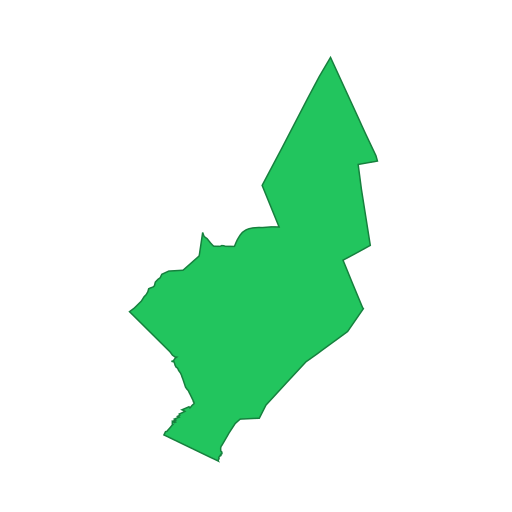 outline of Abasolo, Coahuila, Mexico, rotated 280°
{"feature_id": "50627088B17032469842403", "entity_name": "Abasolo", "entity_type": "district", "adm_level": 2, "iso_a3": "MEX", "parent_name": "Mexico", "parent_adm1": "Coahuila", "projection": "albers", "projection_center": [-101.341, 27.143], "detail": "fine", "context": "isolated", "style": "filled", "palette": "green", "viewbox_px": 512, "rotation_deg": 280, "n_neighbors": 0, "source": "geoboundaries", "source_scale": "gbopen_adm2", "svg_char_len": 2327}
<svg xmlns="http://www.w3.org/2000/svg" viewBox="0 0 512 512"><g transform="rotate(280 256 256)"><path d="M464.5,294.9L443.9,287.2L420.8,279.7L365.9,262.5L326.6,249.8L288.6,273.7L287.4,266.2L285.2,257.7L284.5,253.5L283.1,248.0L281.6,244.3L280.1,241.8L278.8,240.4L276.9,238.5L274.1,236.9L271.7,235.9L268.8,234.8L265.8,234.0L261.7,233.1L260.2,224.1L260.5,222.5L260.3,220.4L259.3,219.1L258.3,212.7L259.1,211.4L260.9,209.0L264.6,204.8L266.1,201.7L267.2,200.9L269.7,199.5L269.9,199.4L248.2,200.0L247.8,200.0L246.4,200.0L245.9,199.8L229.3,186.6L226.0,172.7L221.6,166.4L217.9,165.4L216.0,163.5L212.8,161.4L208.9,161.1L207.5,159.9L206.1,157.4L205.1,156.0L203.1,155.8L202.0,155.7L198.8,154.5L196.5,152.9L191.6,150.9L183.6,145.2L179.2,141.1L148.0,186.1L146.9,187.7L146.0,188.7L144.1,190.7L143.9,190.9L143.8,191.1L142.5,193.8L142.6,195.4L141.4,194.2L138.4,192.8L137.6,191.0L137.5,193.7L136.0,194.5L134.2,195.4L134.1,195.6L133.8,195.7L133.5,196.0L133.2,196.2L132.6,196.7L132.1,198.0L131.2,198.8L130.4,199.3L129.9,199.6L127.7,201.9L125.4,203.5L124.5,203.9L122.2,205.3L118.7,207.2L114.6,209.4L112.7,211.3L112.6,211.5L112.1,212.2L111.4,212.9L109.5,214.2L109.2,214.5L102.3,219.5L102.1,219.4L101.7,219.6L101.4,219.8L101.4,220.1L100.6,220.5L100.3,220.7L100.2,220.7L99.4,220.3L98.8,219.8L97.8,219.0L95.3,217.6L94.9,217.3L95.1,217.0L95.9,216.2L91.7,209.8L91.3,211.5L90.7,213.0L89.1,210.9L87.0,207.8L85.8,208.6L84.5,206.6L83.9,208.2L81.2,203.9L80.5,205.5L79.8,204.6L79.3,203.5L78.5,205.6L77.8,204.6L78.6,202.3L77.4,202.5L75.8,202.8L75.6,203.4L75.0,202.9L73.3,201.9L73.2,201.9L69.1,199.4L67.8,198.7L67.7,198.4L67.3,197.4L63.8,196.4L58.5,215.2L49.6,246.8L48.9,249.5L47.5,254.5L47.9,254.2L50.1,254.8L50.7,254.4L51.4,254.3L52.4,255.2L52.9,255.1L53.4,255.5L53.5,256.1L54.0,256.1L54.5,255.7L55.4,256.8L57.0,256.4L57.9,255.1L60.9,254.5L61.5,254.6L61.8,254.6L62.6,254.7L63.5,255.2L70.5,257.8L74.6,259.3L76.9,260.1L87.4,264.6L92.6,268.7L93.4,272.2L95.6,281.8L96.8,287.4L97.4,287.6L110.9,291.7L126.2,301.5L136.7,308.2L159.1,322.7L160.5,323.6L170.4,333.4L175.0,337.7L197.5,359.3L221.3,370.2L222.8,370.9L223.7,369.9L246.7,355.2L248.6,354.0L260.7,346.4L267.0,342.4L274.9,352.5L286.3,366.7L340.1,348.2L363.9,340.7L370.6,359.1L375.6,356.7L395.9,342.3L403.4,337.1L404.0,336.7L409.0,333.3L464.5,294.9Z" fill="#22c55e" stroke="#15803d" stroke-width="1.5"/></g></svg>